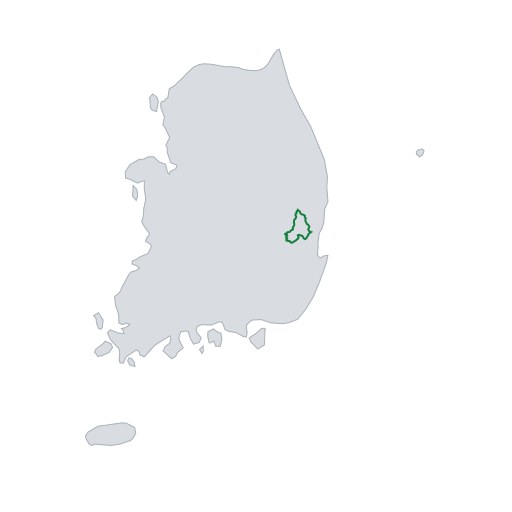 Cheongsong-gun, North Gyeongsang, South Korea (highlighted), rotated 7°
{"feature_id": "91817680B32757414449699", "entity_name": "Cheongsong-gun", "entity_type": "district", "adm_level": 2, "iso_a3": "KOR", "parent_name": "South Korea", "parent_adm1": "North Gyeongsang", "projection": "orthographic", "projection_center": [129.024, 36.373], "detail": "fine", "context": "in_parent", "style": "outline", "palette": "green", "viewbox_px": 512, "rotation_deg": 7, "n_neighbors": 0, "source": "geoboundaries", "source_scale": "gbopen_adm2", "svg_char_len": 4836}
<svg xmlns="http://www.w3.org/2000/svg" viewBox="0 0 512 512"><g transform="rotate(7 256 256)"><path d="M147.2,111.2L149.1,109.8L149.3,107.7L149.5,100.8L154.9,96.2L162.7,86.5L166.6,81.3L170.9,76.3L175.8,73.1L180.7,71.6L188.2,71.1L202.7,71.9L205.5,71.4L215.6,71.0L217.9,71.9L225.2,72.6L233.3,72.1L237.4,70.7L241.2,68.2L244.6,63.8L248.0,55.6L251.7,49.1L253.9,47.9L268.4,82.5L282.6,104.9L294.7,121.1L312.2,152.2L317.3,168.8L317.9,179.1L320.8,193.3L318.4,201.4L319.2,214.2L318.1,220.8L316.0,225.6L315.9,235.0L316.6,239.9L316.7,246.5L318.1,249.1L320.2,250.0L323.4,247.6L327.3,246.6L326.6,254.6L322.0,274.7L317.9,289.3L312.2,302.1L305.0,313.8L296.4,318.3L290.3,320.0L278.6,320.5L268.9,318.5L260.6,319.9L257.3,322.3L254.8,326.5L256.5,332.9L256.3,337.7L252.7,337.3L245.7,334.5L237.8,334.1L234.2,332.7L230.6,325.8L226.8,326.0L220.2,330.0L210.2,330.8L206.6,332.9L205.3,335.7L206.8,339.3L211.7,344.1L210.0,348.8L204.7,351.1L200.5,345.2L198.0,339.4L195.0,339.0L190.4,340.6L189.3,346.8L191.4,351.0L194.9,356.0L189.8,361.5L188.5,365.5L184.9,368.3L175.4,361.7L176.8,357.2L181.0,352.9L181.6,348.4L180.3,345.7L166.4,356.9L157.6,369.6L153.1,368.6L151.3,365.2L148.7,363.8L139.3,371.9L137.5,378.5L134.1,378.7L132.7,375.8L132.7,369.8L131.3,364.7L122.0,357.1L117.9,350.5L120.3,347.0L128.1,349.2L134.4,349.1L133.2,346.0L131.2,344.5L135.4,342.9L139.0,339.4L136.1,338.4L131.7,340.3L128.1,339.2L126.8,330.7L122.6,322.0L120.6,313.5L125.1,308.8L127.5,301.3L131.8,290.5L134.0,287.0L139.6,284.6L141.7,281.8L138.7,280.3L133.8,278.9L134.0,275.8L137.4,274.1L141.2,270.8L148.6,266.7L151.0,258.8L148.9,256.8L144.5,254.8L145.6,250.8L147.5,247.8L146.9,245.9L141.7,240.6L138.3,235.8L139.4,230.4L138.8,222.3L139.5,215.5L139.4,211.8L137.0,203.3L136.0,195.0L132.6,196.1L129.8,198.1L120.1,194.9L117.1,194.6L116.0,188.4L119.7,180.8L128.2,174.3L133.0,173.6L136.6,170.8L142.3,170.0L148.9,174.7L154.9,175.8L158.0,183.7L160.0,185.5L160.5,182.6L165.5,179.3L166.7,176.7L165.7,175.3L160.1,173.8L155.3,163.9L154.7,159.6L153.0,156.8L155.9,149.0L150.3,140.0L147.6,137.1L148.2,129.1L145.3,123.9L143.7,121.0L142.8,116.2L143.7,114.0L146.3,113.2L147.2,111.2ZM118.9,462.4L115.9,464.1L113.3,463.0L112.6,462.1L109.4,457.6L108.7,455.3L110.9,451.1L120.0,444.2L143.2,438.0L147.4,437.7L156.4,440.9L158.2,446.4L156.5,451.1L154.3,454.3L143.6,459.4L135.3,461.7L118.9,462.4ZM275.1,343.3L269.1,348.1L261.1,341.7L259.2,338.1L265.3,333.0L270.5,327.1L273.9,326.7L275.1,343.3ZM232.3,342.5L231.5,350.0L227.0,350.4L224.4,345.5L221.5,347.8L220.0,347.8L217.9,341.8L217.5,337.0L222.8,333.5L226.0,335.7L230.6,336.9L232.3,342.5ZM115.3,373.8L111.2,374.9L108.9,372.2L107.4,371.4L108.4,368.0L115.2,361.3L116.5,359.0L122.6,360.6L124.8,364.3L121.8,369.7L115.3,373.8ZM140.2,114.5L139.7,124.7L136.3,124.2L134.0,123.1L133.1,121.1L131.1,111.6L133.7,107.7L138.7,110.9L140.2,114.5ZM112.1,345.9L111.2,347.7L108.5,347.1L105.8,341.7L104.8,337.5L102.0,335.1L106.6,331.5L112.1,338.3L112.1,345.9ZM131.3,210.4L130.3,215.4L126.3,211.9L125.4,201.0L129.5,204.3L131.3,210.4ZM409.0,135.3L406.2,137.7L402.9,135.4L402.4,133.0L404.1,130.9L408.1,129.5L410.0,131.3L409.0,135.3ZM148.3,376.7L149.3,380.4L144.1,379.6L141.5,376.0L141.9,373.0L145.0,372.7L148.3,376.7ZM215.2,357.0L214.4,359.4L211.3,355.8L214.5,351.8L215.2,357.0Z" fill="#d9dde1" stroke="#a8b0b8" stroke-width="1"/><path d="M300.7,212.4L299.8,211.8L299.6,211.4L299.7,210.8L299.5,210.0L298.0,209.2L297.1,209.2L296.2,209.1L294.9,208.2L294.6,207.7L294.4,206.9L293.5,206.1L292.7,205.9L291.9,205.3L291.8,205.2L291.2,206.8L290.9,206.9L290.7,207.6L291.0,208.2L291.0,208.7L290.5,209.3L290.1,209.8L290.2,210.6L290.5,211.2L291.0,211.8L291.1,212.6L290.9,213.4L290.6,214.0L290.2,214.5L289.7,215.3L289.5,216.3L289.5,217.4L289.6,218.5L290.0,219.2L290.1,220.0L290.1,221.1L289.6,222.2L289.1,223.0L289.1,223.7L289.4,224.9L289.1,225.6L288.3,225.8L287.6,226.4L287.1,227.1L286.6,227.9L285.7,228.3L284.9,228.3L284.3,228.6L284.0,229.2L283.8,229.7L283.2,229.9L282.6,230.2L282.3,230.5L282.3,231.0L282.8,231.2L283.5,231.3L284.3,231.5L284.5,232.0L284.0,232.4L283.6,232.9L283.7,233.5L283.8,234.2L284.5,234.3L284.9,234.6L284.7,235.2L284.2,235.6L284.1,236.0L284.2,236.6L284.4,237.0L284.6,237.0L284.9,237.0L285.2,237.1L286.2,237.1L287.5,237.0L287.8,237.3L288.2,237.9L288.5,238.2L289.0,238.4L289.6,238.4L289.9,238.3L290.7,238.2L291.0,237.5L292.1,237.0L293.9,235.5L294.4,234.6L294.9,234.2L295.5,233.9L295.8,232.8L296.0,232.2L295.8,231.7L295.4,231.3L295.0,230.3L295.6,229.9L296.7,229.8L297.7,230.0L298.5,230.3L299.4,230.4L300.3,231.2L301.1,232.5L302.3,233.3L303.0,233.0L303.8,232.3L304.1,231.4L304.4,230.6L305.2,229.3L305.2,228.3L306.0,227.1L307.8,225.5L306.7,225.2L306.0,224.9L305.5,224.5L304.6,223.3L304.7,222.4L305.1,221.6L305.3,220.9L305.3,220.2L304.3,219.0L303.8,218.5L303.1,218.3L302.5,217.9L301.8,216.7L301.2,215.9L300.7,215.1L300.7,212.5L300.7,212.4Z" fill="none" stroke="#15803d" stroke-width="2"/></g></svg>